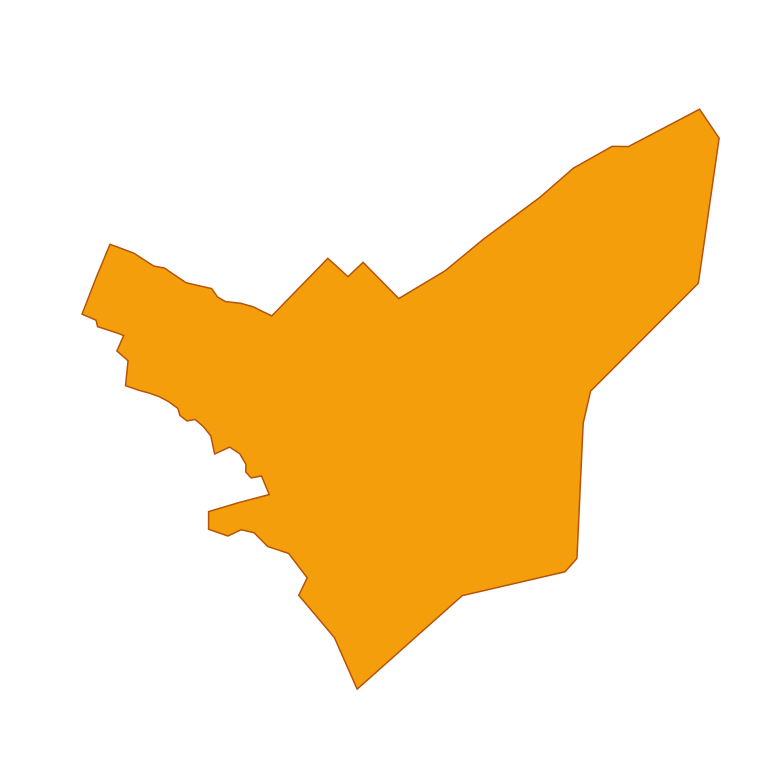 the district of Yunusabad, Tashkent, Uzbekistan, rotated 96°
{"feature_id": "79887680B16922356170962", "entity_name": "Yunusabad", "entity_type": "district", "adm_level": 2, "iso_a3": "UZB", "parent_name": "Uzbekistan", "parent_adm1": "Tashkent", "projection": "orthographic", "projection_center": [69.256, 41.321], "detail": "fine", "context": "isolated", "style": "filled", "palette": "amber", "viewbox_px": 768, "rotation_deg": 96, "n_neighbors": 0, "source": "geoboundaries", "source_scale": "gbopen_adm2", "svg_char_len": 1040}
<svg xmlns="http://www.w3.org/2000/svg" viewBox="0 0 768 768"><g transform="rotate(96 384 384)"><path d="M77.7,98.9L122.3,165.7L123.8,182.0L149.5,218.2L182.1,248.5L229.2,299.9L264.9,334.9L297.5,378.3L265.2,417.5L281.1,431.1L274.2,440.2L264.9,453.0L328.0,502.7L324.2,513.4L321.0,521.8L318.7,534.8L318.6,550.3L314.8,558.7L307.1,565.4L305.5,579.3L303.9,591.6L295.4,607.6L291.6,614.4L290.8,625.3L280.0,646.6L273.7,671.1L308.0,681.3L346.1,691.6L350.7,677.0L356.9,674.9L361.5,653.4L363.1,648.0L379.1,653.1L387.6,641.0L412.7,640.9L415.9,627.0L417.5,617.0L419.8,607.1L423.7,597.1L429.8,586.5L436.7,583.6L441.3,576.0L439.0,568.2L445.3,559.1L453.6,550.9L471.3,545.1L462.9,531.0L468.3,520.3L478.3,512.9L485.9,512.3L491.3,506.3L488.3,496.2L505.9,486.6L517.2,516.2L529.2,545.1L546.8,543.3L551.5,523.4L543.9,510.8L545.5,497.7L557.8,482.6L562.5,461.1L584.8,440.1L603.0,446.7L641.4,406.8L690.3,378.8L586.3,284.1L551.8,184.3L537.3,173.9L402.2,181.8L369.5,177.8L250.9,81.9L104.5,76.4L77.7,98.9Z" fill="#f59e0b" stroke="#b45309" stroke-width="1.5"/></g></svg>